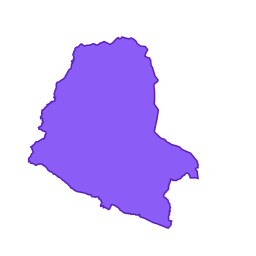 the district of Pakokku, Magway, Myanmar, rotated 296°
{"feature_id": "60261553B95135707926293", "entity_name": "Pakokku", "entity_type": "district", "adm_level": 2, "iso_a3": "MMR", "parent_name": "Myanmar", "parent_adm1": "Magway", "projection": "orthographic", "projection_center": [94.664, 21.355], "detail": "fine", "context": "isolated", "style": "filled", "palette": "violet", "viewbox_px": 256, "rotation_deg": 296, "n_neighbors": 0, "source": "geoboundaries", "source_scale": "gbopen_adm2", "svg_char_len": 5581}
<svg xmlns="http://www.w3.org/2000/svg" viewBox="0 0 256 256"><g transform="rotate(296 128 128)"><path d="M55.7,208.1L56.7,208.3L57.6,208.7L59.0,209.0L60.2,209.0L61.0,208.7L62.5,207.6L63.1,208.2L63.5,208.1L62.8,205.4L63.4,204.6L65.0,204.0L65.0,203.8L66.5,203.0L67.4,203.1L68.2,203.3L68.7,203.0L69.7,202.8L70.2,202.2L70.4,201.7L70.8,201.6L71.8,202.4L73.1,201.2L75.3,200.9L76.2,199.7L77.3,199.2L78.3,198.5L78.8,197.0L80.2,196.0L81.1,194.9L80.9,193.9L81.5,193.1L81.8,192.3L81.6,191.5L81.9,190.1L82.4,189.7L84.1,189.6L86.4,189.6L87.3,190.4L88.0,190.4L88.3,190.6L89.5,190.6L90.3,191.2L91.7,190.9L91.9,190.6L92.8,190.5L93.2,189.8L93.7,189.8L93.9,190.0L94.8,189.8L95.9,189.7L96.4,189.4L96.6,189.4L96.7,189.6L98.4,189.5L98.6,189.4L99.6,189.3L99.7,189.1L100.4,188.9L100.3,189.2L100.7,189.3L100.7,189.8L101.0,190.1L100.6,191.7L101.2,192.1L101.6,193.3L101.6,194.0L102.1,194.6L103.6,195.3L104.5,196.2L105.0,197.0L106.8,197.9L108.0,197.6L108.6,198.3L109.3,198.5L110.3,199.4L111.5,199.5L112.6,200.0L113.2,200.6L113.5,201.3L113.2,203.0L112.1,204.1L111.9,204.8L111.0,205.5L110.6,205.5L110.6,206.1L111.4,207.9L112.3,209.4L113.2,211.7L113.4,213.1L114.6,212.2L115.5,211.7L119.6,209.0L120.1,207.4L120.6,206.6L121.8,206.7L122.1,207.0L123.0,208.3L125.7,207.1L126.3,206.4L127.0,206.0L127.3,205.6L128.1,204.8L128.4,204.7L128.9,204.1L129.3,202.9L132.8,195.3L132.4,187.6L132.7,184.4L133.4,183.5L133.5,182.9L133.3,180.2L132.2,174.3L132.6,171.7L132.4,169.3L133.0,168.2L133.7,166.2L133.8,164.8L133.2,163.3L133.5,161.2L135.9,153.8L136.2,153.3L143.3,151.4L148.4,150.2L157.2,147.5L157.8,146.9L161.2,140.9L163.3,140.3L170.7,136.7L173.4,135.3L177.3,132.7L179.3,132.4L182.3,134.0L183.4,134.2L184.3,134.0L186.5,129.5L193.1,123.4L194.6,121.1L196.1,120.3L198.9,118.6L198.9,118.2L200.3,116.8L199.8,114.1L200.0,111.7L202.6,111.2L207.0,111.4L208.8,107.8L207.1,103.2L207.9,99.3L209.4,97.3L210.1,95.3L210.4,91.4L210.0,91.2L208.6,89.8L207.8,86.6L207.3,83.0L207.0,82.6L205.6,82.4L204.6,81.6L204.4,81.0L205.0,79.7L203.7,78.7L200.7,77.7L199.2,77.4L196.1,75.9L195.9,75.6L195.2,75.3L195.3,72.2L195.3,68.7L195.0,68.3L192.7,66.7L192.3,65.8L189.6,64.6L188.5,62.4L188.8,62.0L188.7,60.3L188.2,59.4L187.2,58.8L185.7,57.3L184.3,54.7L182.8,53.2L182.6,52.8L182.6,51.8L183.1,50.4L182.9,49.5L183.0,49.0L181.3,48.3L179.3,47.8L178.5,47.4L178.3,46.5L176.4,45.5L174.9,46.2L172.9,45.8L171.9,46.2L171.3,46.4L170.5,46.1L169.8,46.4L169.2,46.9L167.6,48.8L167.4,48.9L166.2,48.6L165.4,48.7L165.1,49.2L165.0,49.8L164.3,49.5L164.0,49.0L163.6,48.1L163.1,48.0L162.8,48.3L162.6,49.7L162.4,49.9L161.8,49.9L161.2,49.3L160.4,49.4L156.6,50.7L155.9,50.4L155.3,49.9L154.4,49.4L153.6,49.3L148.6,49.2L147.5,48.9L146.7,49.3L143.6,48.4L141.5,46.9L139.1,45.7L138.2,44.5L137.9,44.3L136.3,44.2L134.8,44.8L134.6,45.0L133.9,45.4L133.5,45.5L133.0,45.8L131.6,45.9L131.0,46.1L128.8,46.1L125.7,46.9L125.6,47.2L124.7,48.1L124.1,48.4L123.3,47.9L123.0,47.9L122.8,48.4L123.0,49.6L122.5,49.4L121.8,49.6L120.6,50.3L119.9,50.1L118.9,48.9L118.7,48.2L118.1,48.2L118.0,47.5L117.8,47.5L117.7,47.7L117.0,47.6L116.9,47.3L116.7,47.5L115.9,47.4L115.6,47.1L115.7,46.9L115.0,46.3L114.5,46.3L114.5,46.0L114.1,45.8L114.0,45.5L113.7,45.5L113.6,45.4L113.6,45.7L113.1,45.8L113.1,46.0L112.8,46.0L112.7,45.8L112.2,45.6L111.8,45.3L110.8,44.9L110.7,44.8L110.3,44.7L110.2,44.5L109.0,44.3L108.4,44.3L107.8,44.2L106.3,42.9L105.4,43.3L105.4,43.5L104.7,43.5L104.3,43.6L104.2,43.8L103.5,43.9L103.3,44.2L102.9,44.5L102.4,44.6L102.2,44.9L100.4,44.9L100.1,44.6L99.7,44.5L98.7,45.0L98.5,45.5L98.2,45.6L98.8,46.4L98.6,46.4L98.7,47.0L98.2,47.6L97.1,47.6L96.3,49.4L96.0,49.4L95.2,48.6L94.4,48.6L94.2,48.8L93.9,49.0L91.4,49.1L90.3,47.9L89.2,47.3L87.9,48.6L88.4,50.3L88.5,51.1L88.0,52.3L88.5,55.9L88.4,56.2L87.4,56.8L86.3,56.6L85.5,56.8L85.5,56.6L85.2,56.8L84.1,56.8L83.7,57.3L82.5,57.4L82.1,56.9L81.1,57.0L80.9,56.2L80.5,55.6L79.5,55.2L78.3,54.2L76.3,53.2L75.5,51.7L74.5,51.0L73.7,51.2L72.4,50.9L71.8,51.0L71.5,50.8L70.7,50.0L70.0,49.9L69.9,49.7L68.6,49.6L68.5,49.0L68.2,48.9L67.5,50.9L66.5,51.2L66.2,51.8L65.0,53.2L64.2,53.4L63.3,53.2L62.8,52.8L59.5,52.9L58.3,52.3L57.4,52.3L56.9,52.1L54.2,53.5L54.7,54.0L54.7,54.8L54.4,55.2L53.7,55.7L54.4,57.9L54.4,59.1L54.1,61.3L54.6,62.2L56.2,63.1L56.5,63.4L56.8,64.5L57.6,65.7L57.8,66.3L57.8,67.0L57.6,67.6L57.1,68.1L57.2,68.8L57.5,69.3L57.5,69.7L57.0,70.3L56.9,71.5L56.6,72.2L55.2,74.4L55.0,75.3L54.6,77.0L55.1,79.0L54.1,80.9L53.9,81.7L54.4,82.1L54.5,82.8L53.7,85.4L53.4,87.1L53.3,87.6L53.5,88.0L53.5,89.1L52.4,92.3L52.4,93.3L51.7,95.7L51.2,98.7L50.5,99.8L50.5,101.0L49.7,101.8L49.1,103.0L49.0,103.6L49.4,103.9L49.4,104.8L49.2,104.9L49.1,105.6L48.7,106.5L48.5,107.7L48.6,110.4L50.0,115.0L49.9,115.7L50.6,117.0L50.8,122.0L51.2,122.4L51.7,123.6L51.6,124.3L51.1,124.5L50.5,125.8L51.1,127.1L51.5,129.0L51.8,129.6L52.3,129.8L52.8,130.6L53.0,131.4L52.8,132.3L52.7,132.5L51.8,132.5L51.4,134.1L51.5,134.7L51.2,135.3L50.6,135.6L50.1,136.7L49.0,137.2L46.9,137.2L46.0,137.4L45.6,137.9L45.9,138.3L46.5,138.5L47.3,139.9L47.2,140.3L46.7,140.6L46.0,140.4L45.6,140.6L45.6,141.0L46.2,141.7L46.4,142.2L46.6,143.0L46.2,146.2L46.5,146.6L46.8,146.8L47.6,147.0L49.0,146.8L50.0,147.0L51.3,146.8L51.9,146.9L52.3,147.6L52.3,148.8L52.6,151.5L52.2,152.1L52.2,154.1L50.6,157.2L50.7,157.9L50.6,158.8L50.1,160.7L50.1,162.4L50.4,162.9L50.6,164.4L51.1,165.1L51.1,166.1L51.9,166.6L52.1,167.2L51.7,168.3L53.6,172.3L53.3,173.2L54.0,174.7L55.4,176.3L55.1,176.6L54.6,176.8L54.1,176.5L53.8,177.0L53.5,178.5L54.2,182.4L54.0,185.9L54.1,188.3L54.0,191.6L54.3,194.7L54.9,195.9L54.6,196.6L54.9,198.2L54.8,199.2L55.1,200.9L55.3,205.1L55.5,207.4L55.7,208.1Z" fill="#8b5cf6" stroke="#5b21b6" stroke-width="1.5"/></g></svg>